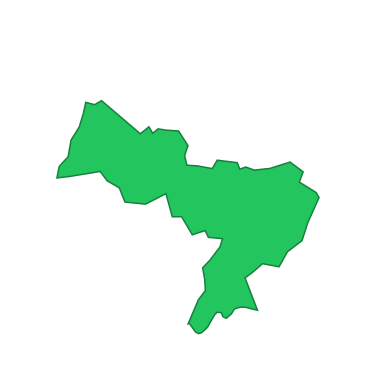 Altiarik, Ferghana, Uzbekistan (orthographic projection), rotated 325°
{"feature_id": "79887680B43666703114629", "entity_name": "Altiarik", "entity_type": "district", "adm_level": 2, "iso_a3": "UZB", "parent_name": "Uzbekistan", "parent_adm1": "Ferghana", "projection": "orthographic", "projection_center": [71.41, 40.491], "detail": "fine", "context": "isolated", "style": "filled", "palette": "green", "viewbox_px": 384, "rotation_deg": 325, "n_neighbors": 0, "source": "geoboundaries", "source_scale": "gbopen_adm2", "svg_char_len": 1049}
<svg xmlns="http://www.w3.org/2000/svg" viewBox="0 0 384 384"><g transform="rotate(325 192 192)"><path d="M161.6,201.0L169.3,206.3L167.7,227.2L180.6,231.1L179.4,238.6L190.2,247.7L183.5,253.0L167.6,258.1L157.2,260.2L152.3,270.8L146.5,280.3L135.3,284.0L113.2,297.8L114.4,298.1L114.6,308.9L116.2,311.8L119.1,312.8L127.1,311.7L139.7,305.7L143.5,304.9L146.8,307.6L145.8,311.8L147.6,315.1L154.2,314.5L159.6,312.2L164.8,313.7L169.2,316.6L177.8,326.4L186.2,292.8L196.0,292.5L208.7,291.2L220.4,303.2L235.9,295.7L254.3,294.9L268.9,283.8L292.9,269.4L293.4,263.6L285.6,245.5L294.6,239.2L289.5,223.7L269.4,217.4L255.6,209.8L250.4,202.4L244.2,200.7L245.9,193.9L230.9,180.4L222.0,184.4L211.3,173.6L203.2,167.1L206.8,158.0L215.3,151.7L216.0,134.3L206.3,126.5L200.4,120.8L193.5,121.4L194.1,113.9L183.1,114.7L170.3,65.3L162.3,64.6L156.4,57.6L148.1,65.3L137.0,74.0L122.7,80.1L110.8,92.0L97.9,94.9L89.4,103.0L100.9,109.2L128.6,122.5L128.9,134.2L134.8,146.9L131.3,161.8L147.0,175.3L169.7,178.4L161.6,201.0Z" fill="#22c55e" stroke="#15803d" stroke-width="1.5"/></g></svg>